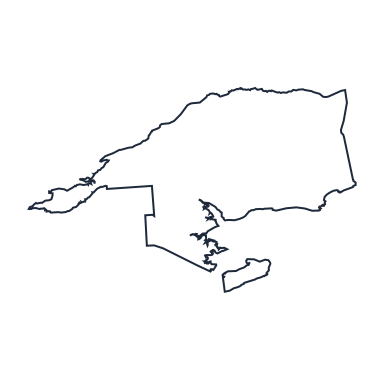 the district of Kati, Zanzibar South and Central, United Republic of Tanzania, rotated 87°
{"feature_id": "72390352B68738670078554", "entity_name": "Kati", "entity_type": "district", "adm_level": 2, "iso_a3": "TZA", "parent_name": "United Republic of Tanzania", "parent_adm1": "Zanzibar South and Central", "projection": "robinson", "projection_center": [39.392, -6.207], "detail": "fine", "context": "isolated", "style": "outline", "palette": "slate", "viewbox_px": 384, "rotation_deg": 87, "n_neighbors": 0, "source": "geoboundaries", "source_scale": "gbopen_adm2", "svg_char_len": 6039}
<svg xmlns="http://www.w3.org/2000/svg" viewBox="0 0 384 384"><g transform="rotate(87 192 192)"><path d="M98.2,33.8L98.8,37.8L103.8,50.7L104.2,53.1L103.8,56.0L100.6,59.5L98.7,65.2L97.5,67.5L96.0,74.3L95.3,75.6L95.3,80.1L96.0,82.6L95.3,85.5L96.8,87.5L96.7,90.2L97.8,92.1L97.3,96.5L97.8,98.1L96.9,99.7L97.2,101.5L94.8,107.1L95.5,107.9L94.9,109.0L95.0,110.3L96.0,111.7L94.9,112.8L95.1,114.3L94.5,116.0L92.7,116.8L93.4,121.3L91.4,123.6L92.0,125.2L92.3,127.8L93.3,128.5L92.5,130.3L92.9,132.2L92.4,133.5L92.3,135.8L91.7,136.5L91.6,137.5L91.0,137.3L90.7,138.1L91.8,140.5L91.4,141.4L92.9,145.6L92.5,147.0L93.8,148.3L93.5,148.8L94.2,149.6L94.0,150.0L95.2,150.0L96.1,150.8L98.2,158.8L97.7,159.7L96.6,160.0L96.2,161.4L95.3,162.1L95.5,163.6L94.7,165.8L94.9,168.8L95.9,170.0L96.3,171.8L98.1,172.7L103.1,179.5L103.4,187.5L103.9,189.6L105.2,192.1L113.8,199.2L120.1,206.1L122.2,211.3L122.5,218.6L123.8,220.4L125.6,220.8L126.5,222.2L128.7,228.7L129.5,228.8L130.1,229.8L132.6,231.3L133.2,232.2L136.4,232.9L138.4,236.2L138.3,237.3L139.0,238.8L140.9,240.9L142.6,246.2L144.2,249.2L144.5,253.4L146.2,260.8L146.1,262.2L149.1,268.7L151.7,276.7L155.5,281.6L156.5,282.0L156.9,280.9L155.9,278.9L155.4,275.3L156.1,274.6L156.2,273.6L157.3,274.4L158.4,276.5L162.6,279.3L163.4,281.0L165.1,282.5L165.5,284.7L167.2,285.6L168.1,287.6L169.1,288.3L168.9,289.2L169.6,288.7L172.7,291.0L173.9,293.3L172.4,294.5L172.2,296.0L173.2,297.1L173.7,298.9L173.1,300.9L173.7,302.0L173.2,302.8L173.4,303.1L173.9,302.8L174.5,300.2L176.3,297.5L175.9,294.7L175.2,294.0L175.1,289.9L176.7,288.6L178.5,288.9L177.0,289.0L175.6,290.0L176.7,292.8L178.6,292.3L177.9,293.3L178.1,294.8L179.5,295.3L178.7,296.0L179.4,299.6L178.5,303.6L179.0,306.6L180.2,307.8L179.7,308.5L181.1,310.5L184.2,316.7L182.6,319.4L181.6,324.7L182.8,331.8L184.2,332.7L183.9,334.7L185.5,334.7L186.0,331.3L188.4,331.5L191.9,332.8L192.8,335.3L192.9,338.8L195.0,342.4L194.8,343.9L195.4,347.3L194.8,348.4L196.5,350.8L197.7,351.7L198.7,354.9L200.4,355.9L200.6,353.5L199.8,351.8L199.8,349.0L201.1,344.8L200.7,344.1L200.8,342.4L200.4,340.5L201.4,339.5L201.7,340.0L202.6,339.8L202.2,338.6L203.1,337.9L203.9,338.1L203.6,335.9L204.3,335.1L204.1,334.7L205.2,334.0L205.1,326.8L205.7,323.5L205.4,319.1L204.5,317.0L204.7,315.9L202.6,312.4L201.5,311.8L200.8,308.4L198.3,305.7L197.7,305.3L197.5,305.7L196.7,305.1L197.4,304.6L196.7,302.9L196.2,303.0L196.6,302.5L195.9,300.6L196.0,299.2L193.6,299.0L193.9,298.0L192.0,295.9L191.8,294.8L187.9,291.2L187.1,291.5L187.2,290.2L183.8,286.6L182.1,282.9L182.2,281.2L181.3,278.0L181.7,276.8L184.5,276.8L183.8,231.7L214.0,231.0L212.7,232.6L212.8,239.9L243.3,239.9L243.3,232.7L246.7,223.9L265.7,190.3L272.4,177.7L271.5,177.0L271.0,177.7L270.1,177.3L270.1,176.1L270.9,174.7L266.5,171.6L265.6,171.7L265.1,176.3L263.8,176.9L263.6,177.7L263.4,177.2L262.3,177.1L262.4,177.9L263.2,178.8L264.9,179.9L264.2,179.6L264.3,181.6L263.7,179.7L262.9,180.0L263.6,182.8L262.7,183.1L262.5,181.7L261.8,182.9L261.7,181.5L260.2,181.3L260.3,180.2L259.0,179.5L257.9,180.0L257.9,181.5L256.1,182.3L255.7,181.1L256.0,176.7L255.7,175.1L255.3,174.6L254.5,174.4L254.1,175.1L253.0,174.5L252.4,175.8L253.2,177.1L252.1,176.1L250.9,174.0L251.7,172.5L253.6,171.8L254.7,169.7L252.3,164.6L252.5,164.1L251.0,159.9L249.4,162.7L249.5,165.3L249.1,166.4L250.6,168.2L249.3,168.1L248.6,167.4L249.4,169.1L248.6,169.8L247.3,169.8L246.7,170.2L246.6,171.3L245.9,171.4L245.8,170.5L244.9,170.9L245.7,170.0L245.3,169.6L244.9,169.5L244.6,170.5L243.1,170.2L242.4,173.7L241.9,174.4L241.4,173.2L240.4,176.1L241.6,177.0L242.7,176.7L241.7,177.3L240.6,177.0L239.9,177.5L241.4,179.0L242.6,178.6L244.3,179.2L245.7,179.0L246.3,179.3L242.7,180.2L243.4,181.6L241.4,180.3L240.8,181.4L240.1,180.3L236.1,180.4L235.6,182.9L236.0,184.2L238.5,185.9L240.0,188.3L238.4,187.1L238.0,186.1L237.3,186.5L237.5,187.5L238.1,188.0L237.4,187.9L237.3,188.8L235.2,191.1L234.3,193.4L235.0,195.3L235.2,196.4L234.1,193.6L234.5,191.0L234.0,190.6L234.1,190.0L234.6,190.6L236.6,187.4L236.5,186.9L234.1,183.6L234.0,179.8L232.0,178.3L228.3,171.0L227.2,167.4L224.8,169.2L222.5,169.7L222.2,170.2L221.0,169.9L220.3,173.3L219.8,173.5L220.0,174.2L219.6,174.0L218.9,175.0L220.0,177.2L219.4,176.8L217.9,180.2L218.8,177.2L217.9,175.0L217.8,172.1L217.4,172.0L214.6,173.5L213.6,174.6L214.2,175.4L213.4,175.1L210.9,176.4L208.8,179.9L209.5,181.0L208.7,180.8L207.9,181.3L207.5,178.1L206.6,178.0L207.5,177.1L207.2,176.4L206.8,176.5L207.2,175.7L205.8,176.9L205.6,177.8L205.1,177.8L204.7,176.9L204.4,177.4L204.9,178.9L204.2,178.3L204.1,179.1L204.8,179.8L204.1,179.7L203.4,181.7L201.6,183.1L199.8,185.6L200.7,183.6L203.2,181.1L203.9,175.7L208.1,169.4L210.8,167.6L211.6,166.0L213.6,164.4L214.1,163.4L217.8,163.7L219.2,162.6L219.5,161.8L220.9,161.6L222.1,160.5L221.8,157.3L222.4,151.0L221.4,146.0L219.9,141.9L218.8,140.1L214.3,135.9L214.3,135.2L213.3,133.7L213.3,131.5L212.5,129.2L212.5,124.4L212.9,122.3L212.5,120.8L212.5,113.4L212.8,112.5L214.1,112.4L215.0,109.0L213.2,98.7L212.8,88.6L214.4,80.1L217.0,73.0L217.2,66.4L216.7,65.2L215.9,65.5L215.3,64.4L214.1,65.9L213.3,65.5L213.6,64.6L212.1,62.8L212.6,62.5L212.8,61.1L212.4,60.9L212.2,61.4L211.6,61.4L211.2,59.8L209.7,60.0L208.3,59.2L207.4,60.5L206.8,60.6L203.8,59.8L201.7,57.6L199.8,54.5L198.2,50.8L197.7,47.5L198.1,46.2L199.2,46.1L199.3,44.8L200.1,44.9L200.3,44.0L198.4,40.5L195.6,31.3L195.1,30.6L194.3,30.5L193.6,28.2L191.2,28.1L189.3,30.3L188.5,30.2L188.1,30.6L144.8,37.4L142.7,38.0L140.7,39.8L137.8,40.0L128.9,36.8L110.9,32.6L98.2,33.8ZM293.3,164.5L292.5,159.5L290.3,155.3L289.3,150.9L288.4,148.8L287.3,147.4L286.4,145.0L285.5,144.7L282.5,133.0L281.9,132.4L280.9,128.0L279.6,124.7L279.8,124.2L278.9,123.0L278.9,121.9L278.0,121.1L277.5,121.8L276.5,121.7L274.4,119.4L271.6,119.3L267.7,117.5L266.3,117.8L264.1,119.3L263.4,122.5L265.1,128.0L262.5,133.5L261.9,140.3L263.7,141.5L265.4,141.2L266.0,140.7L266.4,139.3L265.3,138.0L267.8,139.3L268.2,141.4L269.9,143.5L271.7,149.1L273.2,152.2L273.1,160.2L273.8,161.9L275.1,163.2L274.6,163.5L275.1,164.4L276.0,165.4L277.4,165.4L278.9,163.4L277.5,165.7L293.3,164.5Z" fill="none" stroke="#1e293b" stroke-width="2"/></g></svg>